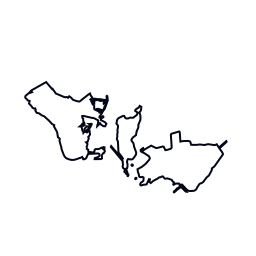 Medalaii, Koror, Palau, rotated 230°
{"feature_id": "81905179B66298370942195", "entity_name": "Medalaii", "entity_type": "district", "adm_level": 2, "iso_a3": "PLW", "parent_name": "Palau", "parent_adm1": "Koror", "projection": "albers", "projection_center": [134.462, 7.336], "detail": "fine", "context": "isolated", "style": "outline", "palette": "ink", "viewbox_px": 256, "rotation_deg": 230, "n_neighbors": 0, "source": "geoboundaries", "source_scale": "gbopen_adm2", "svg_char_len": 5851}
<svg xmlns="http://www.w3.org/2000/svg" viewBox="0 0 256 256"><g transform="rotate(230 128 128)"><path d="M215.8,94.8L218.9,78.1L218.7,76.6L217.7,77.5L217.1,77.5L217.8,75.7L218.3,75.3L218.5,72.7L218.5,70.3L218.0,69.4L217.3,68.8L216.1,68.8L214.6,69.1L213.6,68.9L211.9,70.0L210.4,67.9L207.1,68.1L205.3,67.9L204.2,68.1L203.3,68.5L202.7,69.5L201.4,69.1L200.9,68.2L198.3,67.8L196.4,69.3L193.4,70.0L190.8,71.3L184.5,72.2L179.9,72.4L177.5,73.3L176.8,72.3L171.1,71.2L169.6,70.6L166.0,68.4L164.3,68.8L163.4,68.7L162.7,67.7L160.8,66.6L155.9,64.4L154.5,63.5L148.4,61.4L146.6,61.1L144.8,61.2L143.9,61.6L142.2,62.5L139.5,64.5L137.7,67.2L137.3,68.6L136.5,70.3L136.2,71.5L135.6,72.5L135.3,74.3L133.7,74.1L132.9,73.6L132.2,74.3L131.7,76.4L133.8,80.8L127.5,89.0L126.3,89.3L125.5,88.8L125.0,88.1L124.9,86.9L125.1,86.1L126.3,83.2L125.6,82.4L121.6,87.3L121.4,88.5L123.8,90.3L124.7,92.6L124.3,93.7L125.1,95.3L125.8,95.8L127.8,95.5L127.5,96.8L128.3,97.6L129.0,97.0L129.6,95.9L130.7,92.2L131.2,91.4L132.6,89.8L132.7,88.5L131.3,86.7L131.8,85.5L135.2,82.3L137.0,83.6L138.4,83.0L139.2,83.7L140.4,84.4L141.1,85.9L142.0,86.8L144.0,86.7L143.4,88.2L145.3,91.3L146.7,91.8L147.0,93.6L147.7,95.0L149.7,96.1L150.3,96.7L151.1,96.4L151.0,95.4L151.0,93.7L152.8,92.8L153.1,91.9L152.9,90.7L153.9,91.3L155.4,91.4L158.9,93.3L160.2,92.0L160.1,94.5L160.7,96.0L160.3,97.8L162.0,98.2L163.9,99.6L165.1,99.6L165.9,100.0L166.6,100.7L165.8,101.7L159.2,106.7L157.2,108.4L152.9,110.1L150.4,107.5L150.2,106.7L149.2,105.6L149.4,108.1L149.9,108.7L149.8,109.7L148.0,109.5L146.1,110.0L145.0,110.5L144.0,111.6L145.2,114.2L147.2,114.1L151.4,112.4L152.1,112.9L152.6,113.8L152.1,115.9L152.2,116.3L152.9,116.5L153.3,116.1L153.3,114.4L153.8,113.3L154.1,112.9L154.9,113.2L155.2,113.8L155.6,116.1L156.9,119.4L157.5,122.2L162.1,130.2L165.6,132.6L166.2,132.5L166.2,132.1L165.0,131.1L163.5,130.3L163.1,129.9L163.2,129.5L165.7,127.0L168.0,125.2L169.6,123.3L171.9,121.3L172.8,120.2L173.1,119.6L173.0,119.3L172.6,119.3L171.6,120.1L170.1,120.6L169.8,121.1L169.8,121.7L169.1,122.6L168.0,123.4L166.5,124.1L165.0,126.4L164.4,126.8L163.8,126.9L162.5,125.1L162.2,125.0L162.2,125.9L163.0,127.4L163.1,128.1L162.2,128.8L161.8,128.8L160.5,126.8L159.3,123.5L157.6,120.9L158.2,119.8L162.1,117.3L162.8,115.8L158.2,118.2L157.4,117.8L157.5,116.7L158.1,116.0L158.9,116.3L160.1,116.0L163.6,114.3L164.5,114.5L166.5,116.2L167.3,116.4L169.2,116.2L171.4,116.9L168.7,118.1L169.6,118.8L171.0,118.7L172.2,118.0L174.0,117.6L173.9,119.5L174.6,120.2L177.3,120.4L178.8,121.1L179.1,119.6L179.4,108.0L179.8,107.4L182.2,105.6L185.0,104.0L187.8,103.9L190.1,103.3L189.7,101.5L191.2,101.0L191.7,99.9L192.6,99.1L200.8,94.9L206.5,95.4L206.5,94.9L215.8,94.8ZM54.0,194.5L54.4,194.9L54.8,194.9L54.6,185.2L55.4,185.1L58.5,185.5L59.1,183.4L63.8,179.3L64.4,178.5L65.7,175.8L69.3,172.3L71.2,169.4L74.5,165.6L77.6,166.9L78.7,166.4L79.6,165.6L82.8,161.5L83.9,159.4L91.6,165.0L92.5,164.9L95.7,157.4L95.3,156.5L85.2,149.1L84.7,148.3L84.7,147.3L85.8,144.5L87.0,142.4L90.8,143.3L91.5,142.7L94.0,137.4L95.0,136.4L99.6,134.4L100.9,126.9L100.9,124.2L101.9,126.3L102.9,126.7L103.1,125.8L103.1,123.7L102.3,123.0L101.5,122.9L98.0,124.4L93.2,125.8L92.2,125.8L90.7,125.2L90.1,124.0L89.2,118.6L89.3,113.9L90.3,108.8L88.1,107.4L85.7,106.6L84.0,105.5L83.0,105.4L82.3,106.0L81.3,107.6L80.1,108.1L78.1,106.4L77.6,105.5L77.8,102.6L77.1,101.1L76.0,100.8L75.4,101.4L74.6,103.4L73.4,105.0L72.9,106.0L75.3,111.3L74.6,111.8L72.8,109.7L71.2,110.1L71.2,113.6L70.2,118.3L70.1,120.3L69.3,121.4L69.2,122.5L68.5,123.6L65.8,123.6L65.1,124.0L64.2,125.7L60.9,127.8L59.7,128.2L59.0,127.9L57.8,128.0L56.9,128.3L56.0,128.0L55.9,126.6L55.5,126.3L55.2,126.4L54.7,128.8L52.8,131.3L52.2,131.4L51.2,130.8L50.3,130.6L49.9,129.8L49.8,128.4L50.2,127.1L50.2,126.4L49.9,125.2L49.8,122.2L49.3,121.8L49.0,122.1L49.1,126.9L48.7,130.3L48.3,130.8L42.3,131.3L41.6,131.9L42.6,132.0L49.7,131.5L50.6,132.0L50.0,133.0L43.1,133.4L41.7,133.7L40.8,134.1L39.5,135.4L37.5,138.1L37.1,139.8L37.2,140.9L38.2,143.3L39.2,146.9L38.4,149.5L38.3,150.8L39.6,156.6L39.6,159.5L41.4,164.0L42.1,165.4L43.2,166.3L43.0,168.9L43.2,170.2L46.8,183.9L48.5,184.5L53.6,184.9L54.0,194.5ZM103.2,100.7L102.0,99.2L101.1,98.7L100.1,98.6L99.1,98.8L98.1,100.2L97.7,101.3L98.7,102.7L100.3,104.2L102.7,105.4L104.0,107.2L104.2,108.1L101.8,110.2L101.2,111.5L101.4,113.1L102.4,116.8L103.1,117.7L104.1,118.6L109.4,120.5L112.3,122.1L113.2,122.4L115.6,122.5L116.7,122.9L117.3,124.3L117.6,125.8L117.4,129.5L119.9,132.5L121.5,135.8L122.1,136.6L123.8,138.0L126.2,142.6L127.8,144.1L129.8,145.6L130.9,146.1L132.7,146.4L132.7,147.7L133.1,148.9L133.8,149.9L135.6,151.8L137.4,151.2L136.8,149.3L137.2,146.4L137.1,145.3L136.6,144.5L133.4,145.3L133.0,144.3L132.3,143.0L132.6,138.3L134.5,136.5L135.1,134.6L135.7,133.6L136.3,132.9L137.4,132.4L139.7,132.8L140.3,132.1L140.7,131.1L141.6,127.3L141.6,126.2L141.4,125.4L140.6,124.0L139.5,122.9L138.8,121.9L137.1,122.0L136.3,121.8L135.2,121.0L133.3,118.7L131.4,117.3L130.0,115.6L128.3,114.3L126.7,112.3L125.0,111.9L124.0,111.5L115.8,105.3L114.8,104.9L110.5,104.8L108.0,104.5L107.5,103.6L124.9,103.5L124.5,102.7L105.8,102.6L105.1,101.8L103.2,100.7ZM153.9,98.2L154.8,98.4L155.9,97.4L155.5,96.1L155.4,94.6L155.0,93.7L153.7,93.2L153.1,93.6L152.8,94.4L152.9,96.4L152.1,97.9L152.7,98.8L152.9,99.9L153.8,101.7L154.4,99.8L153.9,98.2ZM92.0,98.4L92.8,98.3L93.7,98.6L95.4,99.4L97.3,99.8L97.7,99.1L97.6,98.3L97.0,97.2L96.2,97.0L95.4,97.7L95.0,97.7L94.2,97.1L93.2,97.6L92.7,97.6L91.6,96.8L91.2,97.0L91.5,97.9L92.0,98.4ZM158.8,94.7L158.2,95.5L158.1,96.6L159.1,97.3L159.7,96.7L159.8,95.1L158.8,94.7ZM97.6,107.4L97.4,106.8L96.9,106.6L96.5,106.7L96.1,107.1L96.1,107.5L96.3,107.8L97.0,108.0L97.6,107.4ZM84.5,100.8L83.9,101.0L83.8,101.8L84.3,102.3L84.7,102.1L84.8,101.2L84.5,100.8ZM155.3,101.4L156.0,100.7L155.4,100.8L155.3,101.4ZM154.8,102.2L155.1,102.4L155.7,102.7L155.2,102.1L154.8,102.2Z" fill="none" stroke="#020617" stroke-width="2"/></g></svg>